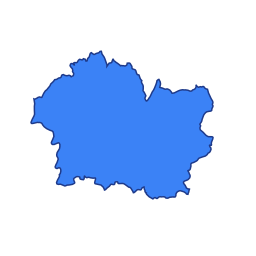 outline of Moc Chau, Son La, Vietnam, rotated 249°
{"feature_id": "81297802B18330735489877", "entity_name": "Moc Chau", "entity_type": "district", "adm_level": 2, "iso_a3": "VNM", "parent_name": "Vietnam", "parent_adm1": "Son La", "projection": "orthographic", "projection_center": [104.628, 20.87], "detail": "fine", "context": "isolated", "style": "filled", "palette": "blue", "viewbox_px": 256, "rotation_deg": 249, "n_neighbors": 0, "source": "geoboundaries", "source_scale": "gbopen_adm2", "svg_char_len": 5812}
<svg xmlns="http://www.w3.org/2000/svg" viewBox="0 0 256 256"><g transform="rotate(249 128 128)"><path d="M95.7,67.8L95.9,68.3L96.5,68.9L98.6,70.0L98.6,70.3L97.3,70.8L96.3,71.8L96.3,72.9L96.0,73.8L95.0,75.1L93.7,77.4L93.1,79.4L92.9,79.6L92.1,79.5L89.1,77.4L88.5,77.2L87.7,77.4L84.5,82.3L81.6,83.7L79.7,83.9L78.5,83.8L78.4,84.0L78.6,85.1L79.5,87.0L80.3,89.8L81.5,91.6L81.5,92.2L80.5,93.9L80.2,94.7L80.4,95.4L81.2,96.0L81.9,96.3L82.1,96.8L81.9,98.0L81.5,98.9L81.2,99.0L79.9,98.9L79.5,99.3L78.9,100.9L78.4,102.4L78.0,103.4L77.3,104.3L75.9,105.3L72.5,107.5L71.8,108.6L70.7,109.1L67.0,109.8L65.7,109.8L65.5,110.2L66.0,112.1L66.7,113.5L67.0,114.7L66.9,115.4L65.7,117.6L65.7,118.1L67.1,119.8L67.2,121.5L67.2,121.8L64.8,121.3L63.8,121.5L62.6,121.1L61.3,121.3L60.8,121.9L60.3,121.6L59.5,121.6L56.2,123.1L52.9,125.8L52.9,126.1L53.5,127.7L53.3,128.5L52.1,129.3L51.8,130.0L51.8,130.3L52.2,131.3L52.4,131.9L52.5,132.9L52.3,133.5L51.8,134.2L51.6,135.0L50.9,137.0L50.2,137.8L49.3,138.1L49.0,138.4L48.7,138.9L48.2,140.1L48.4,142.1L47.4,145.8L47.1,146.0L46.8,147.1L46.8,147.5L47.4,148.2L47.8,148.5L49.2,149.1L50.2,150.2L50.6,150.9L50.9,152.1L50.9,153.6L50.8,154.1L50.3,154.9L48.4,157.3L46.6,158.6L45.5,158.9L45.1,159.2L44.6,160.2L45.4,160.7L46.4,161.7L48.0,162.7L48.9,163.5L49.2,163.2L49.6,162.2L51.1,161.0L52.2,161.0L54.0,160.8L56.3,160.1L57.6,160.4L58.2,161.5L58.2,164.9L58.4,165.8L59.4,167.8L60.5,168.6L61.7,169.0L63.2,168.8L65.2,168.9L65.4,168.8L66.3,168.6L66.6,168.6L66.8,169.1L66.7,170.1L66.7,170.4L67.0,171.0L67.6,171.6L68.3,172.0L69.7,173.0L71.7,173.7L72.0,174.0L72.3,174.5L72.4,175.2L72.3,177.0L72.6,179.8L72.9,181.0L74.0,182.7L74.3,183.2L74.4,184.1L74.3,187.5L74.1,189.9L74.3,190.9L74.8,192.4L75.8,193.7L76.0,195.3L76.3,195.8L76.9,196.6L78.4,197.9L79.9,198.2L81.2,197.7L82.6,197.9L82.7,198.3L82.0,199.4L82.1,199.7L82.6,200.0L83.7,200.2L85.0,201.0L87.5,203.3L88.8,204.0L89.7,203.4L91.2,199.8L91.7,199.3L93.4,198.1L97.1,196.6L100.2,194.9L101.0,194.9L102.4,195.2L104.0,196.6L105.7,196.4L106.2,196.9L107.3,198.6L108.0,199.3L109.5,200.3L111.5,202.0L113.2,203.6L113.9,204.7L114.5,205.9L114.9,207.2L114.6,209.3L114.2,211.0L114.2,212.0L114.6,212.6L115.6,213.0L116.2,213.5L117.5,214.9L118.4,215.3L119.4,215.1L119.9,215.3L120.4,215.6L120.9,216.2L121.7,216.5L122.8,216.6L125.8,216.1L130.4,215.8L131.7,215.7L135.7,216.1L136.3,215.2L137.0,214.5L138.1,213.9L139.4,213.6L139.6,213.4L139.9,212.8L140.0,211.2L140.5,210.6L140.7,210.2L140.7,208.5L140.8,208.3L142.0,207.5L142.7,207.2L143.4,207.1L143.5,207.0L143.4,206.8L142.5,206.6L142.2,206.4L141.2,205.6L140.9,205.1L140.4,204.2L140.3,203.3L140.4,202.4L140.3,201.8L139.8,200.8L139.9,199.9L140.3,199.0L141.7,197.6L142.9,195.5L143.4,194.1L144.2,192.5L144.6,190.3L144.6,188.2L144.2,183.9L144.4,182.6L144.6,181.8L144.8,181.5L146.3,181.3L148.4,180.6L149.6,179.6L150.5,178.5L150.8,176.8L151.1,176.3L152.9,174.5L154.2,172.6L154.6,172.2L157.0,173.9L158.0,174.3L159.6,174.6L162.3,174.3L162.4,173.7L161.8,172.0L160.6,171.3L158.7,169.8L155.9,167.2L154.3,165.5L152.9,163.5L149.3,159.8L148.4,158.3L147.2,156.8L146.5,155.2L146.8,154.7L148.3,154.4L149.5,154.4L150.1,154.7L151.6,156.2L152.3,156.2L154.7,156.0L156.4,155.7L156.9,155.5L157.5,155.4L159.0,156.2L161.6,157.2L162.8,157.3L164.7,157.0L166.1,157.0L166.5,157.2L167.1,157.8L167.3,157.9L168.7,157.3L170.0,157.1L172.6,157.2L173.3,157.3L173.7,157.1L174.5,155.9L175.7,155.6L178.6,155.8L179.4,155.7L179.9,155.4L181.6,153.4L181.9,153.2L182.8,153.3L184.2,153.7L187.5,153.1L188.0,152.7L188.3,152.2L188.8,150.5L188.1,150.1L187.2,149.4L186.9,148.0L187.0,147.3L187.7,146.3L188.2,145.0L188.6,144.5L188.8,143.2L189.4,143.1L192.2,141.4L193.5,140.4L194.7,139.8L195.7,139.0L197.2,138.9L197.6,138.7L197.5,138.4L195.0,136.2L195.0,135.0L195.2,134.4L195.3,133.6L193.2,130.5L193.7,130.7L193.9,131.0L201.1,131.2L202.8,131.1L206.2,130.3L207.0,130.3L209.2,130.6L209.3,130.5L209.5,129.2L208.7,127.9L209.0,124.8L208.8,124.0L208.8,122.6L210.6,121.2L211.4,120.9L211.4,119.9L210.7,119.1L208.3,117.3L207.4,115.4L206.2,114.3L205.6,114.1L205.4,113.9L205.3,113.6L205.6,112.7L207.4,112.7L207.7,112.6L208.1,111.8L208.5,111.5L208.7,111.2L208.6,110.9L208.3,110.8L208.1,110.5L208.0,110.1L208.1,109.4L208.3,109.1L209.0,108.2L209.5,107.3L208.9,105.8L207.7,104.4L207.5,103.9L207.5,102.9L208.0,102.2L208.2,101.8L208.2,100.7L208.0,100.4L206.6,100.6L206.2,100.5L206.5,100.0L207.2,99.9L207.8,99.5L208.4,98.5L208.5,97.9L208.2,97.2L206.9,96.2L204.9,96.6L203.3,97.3L201.4,97.0L200.8,96.5L200.0,96.5L198.6,96.9L197.5,96.4L196.5,95.7L196.4,95.5L196.4,94.2L196.2,93.3L196.6,93.0L197.4,92.9L198.1,92.2L198.4,91.8L198.5,90.6L198.7,89.6L199.8,87.8L201.0,86.9L201.2,85.6L200.8,84.8L199.8,84.1L199.3,83.3L199.2,82.7L199.5,81.1L199.1,79.4L199.0,78.6L199.4,76.9L198.2,75.1L196.7,71.5L195.7,70.7L195.0,69.7L193.6,67.2L192.8,65.9L192.4,64.3L190.7,61.9L187.5,58.5L187.6,58.0L188.7,56.5L188.8,54.8L188.6,54.2L188.3,52.0L188.5,50.9L188.8,50.6L184.1,49.6L181.9,48.4L178.2,47.0L174.3,45.7L172.8,44.4L170.5,41.8L168.5,39.9L167.8,39.4L166.9,39.5L166.4,40.6L165.7,45.5L165.1,46.6L164.8,47.6L164.1,48.5L163.3,49.2L161.4,49.5L159.2,50.2L156.6,51.8L153.8,54.4L152.6,55.9L151.5,56.6L149.7,56.5L146.7,55.8L143.9,53.2L142.7,51.9L141.6,51.1L140.5,51.1L139.7,51.6L139.1,53.1L139.2,57.6L138.6,58.3L137.0,58.5L135.0,57.7L133.2,56.6L130.5,53.1L128.5,51.8L127.2,51.5L125.4,51.8L123.9,51.7L123.3,51.1L121.2,49.4L119.5,47.5L117.9,46.1L116.9,46.0L116.3,46.4L115.6,47.2L115.7,49.4L115.1,50.1L113.7,50.4L111.9,49.9L109.8,48.5L109.0,47.1L107.8,46.9L106.9,46.2L104.6,43.5L102.8,41.8L101.8,41.6L101.3,41.6L100.3,42.8L99.8,44.7L99.5,45.1L96.5,48.3L96.4,49.3L96.5,50.7L95.9,52.6L95.3,56.0L95.6,58.1L95.8,58.5L96.5,58.8L97.3,58.7L98.8,58.7L99.5,58.9L100.1,59.1L100.5,59.9L100.9,61.8L101.0,62.6L100.8,63.3L100.1,64.7L99.3,65.4L98.5,65.1L97.8,65.1L97.4,65.2L96.8,65.9L95.7,67.8Z" fill="#3b82f6" stroke="#1e3a8a" stroke-width="1.5"/></g></svg>